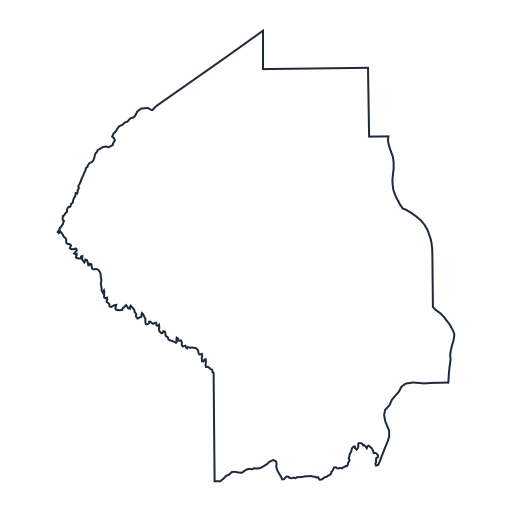 outline of Paoy Paet, Bântéay Méanchey, Cambodia
{"feature_id": "14789045B48513904069909", "entity_name": "Paoy Paet", "entity_type": "district", "adm_level": 2, "iso_a3": "KHM", "parent_name": "Cambodia", "parent_adm1": "Bântéay Méanchey", "projection": "equal_earth", "projection_center": [102.631, 13.649], "detail": "fine", "context": "isolated", "style": "outline", "palette": "slate", "viewbox_px": 512, "rotation_deg": 0, "n_neighbors": 0, "source": "geoboundaries", "source_scale": "gbopen_adm2", "svg_char_len": 5665}
<svg xmlns="http://www.w3.org/2000/svg" viewBox="0 0 512 512"><path d="M263.0,30.7L258.8,33.7L221.8,60.1L156.5,105.9L154.6,107.7L152.4,110.1L151.1,109.8L147.8,108.0L144.9,108.2L141.1,108.6L139.1,110.1L137.2,111.7L136.2,113.8L134.7,116.4L133.4,117.6L131.0,118.0L129.5,119.2L127.5,121.6L125.1,122.3L122.6,124.7L120.5,125.7L119.4,126.1L117.4,128.5L115.7,131.5L113.7,133.3L112.2,136.7L114.0,138.2L114.9,140.4L113.1,143.2L112.7,145.1L110.3,146.4L108.4,147.2L105.7,146.5L102.4,147.3L100.3,148.6L97.6,150.2L97.0,151.9L95.4,153.5L94.3,157.6L93.3,160.5L91.9,162.0L89.4,163.2L87.9,165.3L87.3,167.1L85.9,168.1L85.7,169.7L84.9,171.5L84.0,173.4L82.7,176.5L82.0,178.2L81.3,179.3L81.0,181.3L80.1,182.5L79.5,184.2L78.6,185.4L78.2,186.9L78.9,187.9L78.4,189.3L77.6,190.1L77.7,191.9L77.1,193.6L75.7,193.1L75.6,194.6L75.1,196.6L74.0,197.9L73.6,199.2L73.0,201.0L72.9,202.5L72.0,203.3L71.0,204.1L70.7,205.8L70.0,206.9L68.7,206.9L67.7,208.0L66.9,209.8L67.0,211.8L65.9,212.7L65.0,213.8L64.0,215.5L62.8,216.0L62.7,217.9L62.7,219.9L64.0,221.1L63.3,222.3L63.0,223.9L62.0,225.3L61.2,226.9L59.6,228.1L59.7,229.8L58.5,230.7L57.7,232.1L58.8,233.1L60.6,231.7L61.9,233.4L62.9,234.9L63.4,236.1L64.6,237.6L65.6,238.1L66.2,240.0L66.1,241.4L66.5,243.2L67.7,243.9L69.9,244.3L71.0,245.3L69.9,248.1L71.1,249.1L72.5,249.1L74.0,249.3L75.0,248.6L76.1,248.6L76.9,250.2L76.0,251.5L75.1,252.3L74.1,253.5L75.6,254.4L76.7,254.0L76.6,255.4L75.9,257.4L76.8,258.1L78.6,258.4L80.6,258.5L81.1,256.5L82.4,256.0L82.3,257.5L82.1,259.0L82.7,260.3L84.3,262.4L85.1,261.0L85.4,259.6L87.0,260.1L87.9,263.1L88.4,265.4L89.5,265.1L90.0,263.7L91.4,264.3L91.7,266.3L92.0,268.4L93.4,269.2L94.6,269.3L96.3,269.0L97.2,269.3L97.4,269.4L98.4,270.0L100.0,272.2L100.6,274.1L100.7,276.0L100.9,277.7L101.4,280.0L101.2,282.0L100.8,283.9L101.2,286.0L101.7,288.7L101.6,290.6L102.8,292.6L104.0,290.5L104.4,292.2L103.9,293.6L104.2,294.9L104.1,297.4L105.3,298.3L106.8,297.6L107.2,299.3L106.6,301.8L107.9,302.7L109.3,304.1L109.5,306.2L111.0,307.0L112.4,306.3L114.3,305.2L116.2,304.9L115.7,306.9L115.3,308.3L116.3,309.9L117.9,310.0L119.1,310.2L120.6,310.1L122.3,309.8L122.7,308.1L123.9,307.5L125.0,306.1L126.1,305.1L127.3,306.7L128.2,308.3L129.8,308.8L130.0,306.9L130.8,305.7L131.5,306.6L132.6,307.8L133.6,309.1L134.4,310.2L134.6,311.9L136.3,314.3L135.9,315.7L136.4,317.2L137.7,318.6L138.8,317.9L139.9,317.3L141.4,316.8L141.4,315.0L142.0,313.1L143.0,314.1L143.7,315.5L144.6,317.3L145.5,319.2L145.3,322.0L145.9,324.2L146.9,324.4L148.0,324.0L149.0,323.1L149.1,321.7L150.2,321.6L151.3,322.4L152.2,323.4L153.2,323.8L154.9,322.9L155.9,322.6L156.4,323.8L156.4,325.3L158.1,326.0L159.0,324.8L159.3,326.7L159.0,330.1L159.7,331.6L161.6,333.3L162.7,332.8L163.3,331.2L164.9,331.5L165.5,333.7L165.6,335.5L166.4,336.6L167.4,336.9L168.2,338.0L168.4,339.5L169.7,340.3L171.3,340.6L172.7,341.3L174.5,341.9L175.9,342.8L176.9,341.5L176.4,339.8L176.7,337.7L177.9,338.5L178.4,339.6L179.2,340.8L181.1,340.6L181.9,342.4L181.7,344.9L182.7,346.5L184.1,346.0L185.4,345.7L186.0,347.5L187.0,348.4L187.8,347.1L188.9,347.4L190.0,347.7L191.7,347.6L192.8,347.6L194.9,347.9L196.4,348.4L197.5,349.7L198.1,350.7L198.6,353.2L199.2,354.4L200.6,354.4L201.9,353.9L202.3,355.4L201.7,357.8L201.9,359.5L202.1,361.4L203.4,361.4L204.0,360.4L204.7,359.3L205.8,359.3L205.9,361.9L205.7,363.4L205.6,365.0L205.9,367.0L207.2,366.9L208.2,367.0L209.3,367.8L210.8,369.2L211.8,369.6L212.5,371.0L212.5,372.3L213.6,372.9L214.6,481.3L216.3,481.2L220.1,481.3L222.9,479.2L224.8,477.2L226.2,475.8L229.1,474.7L231.8,472.0L235.2,471.8L238.3,472.5L241.8,472.8L245.1,470.4L248.2,468.9L252.5,469.2L254.1,468.2L256.8,468.6L260.7,467.9L267.1,464.1L269.2,461.9L273.4,460.0L276.2,461.6L276.5,464.0L276.3,467.1L277.4,470.5L279.2,473.8L281.1,476.8L282.1,479.4L284.0,479.2L286.1,476.8L287.5,476.5L288.8,477.0L289.6,478.0L291.8,478.2L293.6,477.6L295.4,478.2L297.2,477.1L298.9,477.2L302.1,477.0L305.3,476.3L309.9,476.2L311.2,476.0L312.5,476.5L314.8,476.8L316.7,477.6L318.1,477.2L318.9,478.6L319.5,479.7L320.7,479.6L321.7,479.5L323.9,477.9L324.8,477.2L326.7,476.8L328.0,475.7L330.0,474.8L331.2,473.5L331.4,471.8L332.7,470.5L333.4,469.2L333.9,467.6L335.8,467.2L337.0,468.2L338.2,468.5L339.6,468.1L340.9,467.9L342.0,468.4L342.9,467.5L344.4,467.0L345.8,466.0L346.9,466.2L347.7,464.9L348.2,462.6L349.1,461.3L349.6,460.1L348.7,458.5L349.3,456.6L349.6,454.5L351.2,451.5L351.7,449.2L352.3,447.9L353.1,447.1L354.1,446.3L355.1,446.8L355.1,448.2L356.5,449.6L357.3,448.8L358.1,447.7L358.4,446.0L358.0,444.7L358.7,443.2L360.5,443.1L362.4,443.8L363.1,445.4L364.2,445.1L365.7,446.7L366.8,448.2L367.4,446.4L368.5,445.6L371.3,447.8L373.0,450.5L373.6,453.0L375.9,453.1L378.1,455.3L377.8,457.4L376.3,458.0L376.1,459.6L376.0,461.0L376.0,462.4L375.3,463.8L376.0,465.6L378.3,464.9L379.0,463.1L379.9,460.9L381.4,457.0L382.9,453.2L385.1,447.5L387.6,441.6L389.2,436.4L389.1,430.6L387.3,426.4L385.3,421.4L384.1,415.0L385.1,410.0L389.6,405.0L391.8,399.9L394.7,396.4L398.8,391.8L401.4,386.8L405.7,383.6L412.9,382.5L417.8,382.9L423.9,383.4L432.3,382.9L447.2,382.6L448.3,382.7L449.0,372.1L449.5,367.5L450.6,359.1L450.1,355.2L450.9,350.0L451.8,346.0L453.4,340.8L454.2,336.1L454.3,334.0L453.2,331.1L451.7,328.1L450.1,325.2L448.3,322.6L446.1,320.0L444.2,317.2L441.6,314.6L440.6,313.5L438.2,311.7L435.1,309.5L432.9,306.9L432.4,256.7L432.3,252.4L432.1,247.7L431.5,243.0L430.6,238.8L429.1,234.5L427.6,230.2L424.5,224.8L420.8,220.3L416.0,216.3L411.0,212.7L405.8,209.7L402.6,208.4L399.5,203.7L398.1,200.8L396.6,198.2L394.8,194.0L393.4,190.1L392.7,185.1L392.4,180.2L393.0,173.8L393.6,169.0L393.7,163.0L392.8,156.5L390.6,150.6L388.9,145.3L387.9,140.3L388.4,136.4L369.1,136.6L368.0,67.8L263.0,69.1L263.0,30.7Z" fill="none" stroke="#1e293b" stroke-width="2"/></svg>